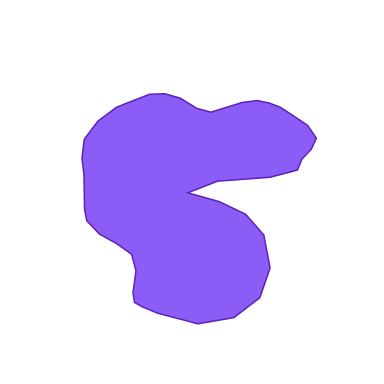 SVG path tracing the border of Eckerö, rotated 307°
{"feature_id": "ALD-4812", "entity_name": "Eckerö", "entity_type": "state/province", "adm_level": 1, "iso_a3": "ALA", "parent_name": "Aland", "parent_adm1": "", "projection": "equal_earth", "projection_center": [19.596, 60.195], "detail": "fine", "context": "isolated", "style": "filled", "palette": "violet", "viewbox_px": 384, "rotation_deg": 307, "n_neighbors": 0, "source": "natural_earth", "source_scale": "10m", "svg_char_len": 639}
<svg xmlns="http://www.w3.org/2000/svg" viewBox="0 0 384 384"><g transform="rotate(307 192 192)"><path d="M261.7,145.5L267.1,159.0L293.7,178.2L304.3,189.1L309.6,200.3L312.9,211.8L314.8,244.1L309.8,258.9L298.1,261.5L284.3,260.0L273.1,263.0L251.0,245.7L216.0,205.9L188.8,189.1L200.7,219.6L206.5,248.3L200.9,275.2L178.3,300.1L148.4,309.8L117.0,301.1L90.3,276.1L74.4,237.2L70.3,221.0L69.2,212.6L75.9,205.6L95.3,194.7L105.9,181.3L105.4,163.2L102.7,143.5L105.7,125.3L113.5,116.6L141.2,95.0L152.6,83.9L169.3,74.2L192.0,74.2L214.3,80.7L244.3,99.1L254.0,110.9L259.9,126.2L261.7,145.5Z" fill="#8b5cf6" stroke="#5b21b6" stroke-width="1.5"/></g></svg>